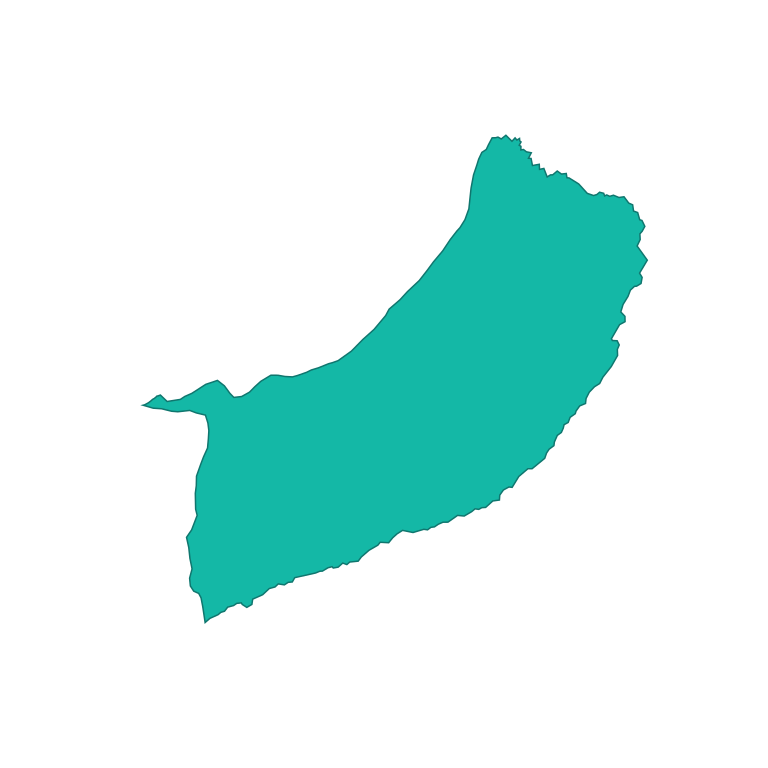 outline of Baney, Bioko Norte, Equatorial Guinea, rotated 40°
{"feature_id": "11065452B68125244133984", "entity_name": "Baney", "entity_type": "district", "adm_level": 2, "iso_a3": "GNQ", "parent_name": "Equatorial Guinea", "parent_adm1": "Bioko Norte", "projection": "equal_earth", "projection_center": [8.855, 3.645], "detail": "fine", "context": "isolated", "style": "filled", "palette": "teal", "viewbox_px": 768, "rotation_deg": 40, "n_neighbors": 0, "source": "geoboundaries", "source_scale": "gbopen_adm2", "svg_char_len": 3191}
<svg xmlns="http://www.w3.org/2000/svg" viewBox="0 0 768 768"><g transform="rotate(40 384 384)"><path d="M213.1,555.1L222.7,550.9L229.6,545.9L238.8,541.4L243.9,537.8L252.2,529.1L258.8,526.8L267.2,522.6L274.2,527.1L279.8,532.3L284.7,538.9L290.0,546.5L292.6,555.8L295.2,563.3L299.6,575.1L305.6,582.6L309.7,589.0L320.2,601.0L325.3,604.7L327.4,610.7L330.4,619.4L331.3,628.4L339.6,634.8L347.5,642.4L355.8,649.0L359.9,657.7L365.5,663.2L371.4,665.0L375.7,663.8L376.6,663.5L381.3,665.4L388.3,671.1L400.3,681.7L401.3,675.4L405.2,667.3L405.8,663.8L407.9,660.6L407.7,655.4L411.2,650.4L412.2,646.7L415.4,643.4L417.1,644.0L422.5,643.3L424.5,637.8L421.7,633.2L426.5,623.4L427.6,614.4L431.0,609.5L431.5,605.1L436.8,601.9L438.1,597.5L441.0,594.6L440.1,589.7L453.1,572.7L455.2,568.7L457.1,566.9L459.2,560.8L461.7,557.3L463.4,557.6L466.6,553.8L467.5,547.7L471.6,546.2L472.2,542.4L478.1,536.3L477.8,531.1L479.4,521.0L482.9,511.4L482.8,507.7L489.6,502.6L489.5,496.3L490.3,490.5L492.3,484.2L501.7,479.1L507.9,469.7L511.1,467.7L512.1,463.6L514.5,461.0L515.7,456.6L518.0,452.0L521.8,448.7L524.8,437.4L530.3,433.6L533.2,425.5L534.0,421.1L537.2,419.1L538.4,415.9L541.2,413.2L542.5,403.7L547.0,398.7L544.1,394.7L543.6,388.4L545.9,382.6L548.6,380.8L546.7,368.2L548.7,356.4L551.9,353.7L554.9,337.6L552.9,332.4L552.4,327.8L553.8,322.0L551.8,318.9L549.8,312.0L551.0,307.1L549.7,302.6L548.1,299.4L549.8,295.1L548.0,289.9L549.6,283.8L548.5,281.3L548.0,275.0L550.9,269.4L548.1,265.2L546.5,258.3L547.0,250.8L548.9,245.0L547.3,238.1L546.9,224.6L544.6,212.0L540.5,207.5L539.1,202.9L534.8,201.0L531.0,203.9L529.1,203.1L526.3,187.1L528.6,181.3L525.1,177.3L519.1,176.6L516.0,169.4L514.6,160.0L512.4,153.7L513.1,148.2L514.6,146.7L516.3,141.8L513.2,136.4L508.5,134.8L506.1,119.9L489.2,115.6L487.4,108.7L483.5,104.5L483.6,101.1L482.5,95.6L476.5,92.9L474.3,93.8L468.1,89.6L464.0,91.1L459.3,86.9L455.2,88.1L447.5,86.3L444.1,90.1L438.4,91.9L436.3,95.1L433.1,96.0L432.1,98.1L429.7,96.7L425.9,98.5L425.3,102.0L423.4,104.9L417.2,107.3L404.6,105.6L393.3,107.2L391.6,108.4L388.3,105.6L385.0,109.1L379.8,109.5L378.8,115.3L377.1,116.8L375.9,120.5L367.9,116.1L365.2,119.6L361.7,115.9L357.3,121.2L351.7,116.7L349.6,118.2L348.2,112.2L343.8,114.6L340.1,114.7L338.4,116.7L336.1,113.9L334.1,114.2L333.4,110.5L331.7,110.5L330.0,108.8L329.0,111.7L326.2,111.2L326.0,115.8L317.5,115.1L316.3,120.9L312.6,121.6L311.2,123.6L308.6,125.9L310.3,133.8L311.6,138.6L310.1,143.7L312.0,150.9L314.4,156.6L318.2,166.3L324.8,178.0L329.5,185.0L336.4,195.2L340.4,206.1L341.7,215.4L341.5,219.9L341.9,230.7L343.4,244.3L343.4,258.7L344.1,270.1L344.5,282.2L342.6,298.1L342.1,309.2L339.8,323.3L341.3,330.5L341.3,348.6L339.2,363.3L337.9,379.8L333.8,395.7L330.8,400.8L328.5,404.1L323.4,413.7L319.3,420.0L317.2,424.8L312.2,433.2L309.3,437.4L303.3,441.9L297.1,445.5L291.7,450.0L287.9,461.1L286.8,469.2L286.2,476.7L283.0,485.1L277.6,490.8L271.9,490.2L262.9,488.0L254.1,488.3L251.4,492.8L247.7,498.8L242.8,514.7L239.4,521.6L237.9,526.7L234.5,530.6L229.1,536.8L219.8,536.2L218.9,537.7L218.7,538.2L217.8,539.2L217.8,540.0L217.3,542.8L216.6,544.5L216.3,546.7L215.8,549.1L215.3,550.6L214.5,552.6L214.0,553.8L213.1,555.1Z" fill="#14b8a6" stroke="#0f766e" stroke-width="1.5"/></g></svg>